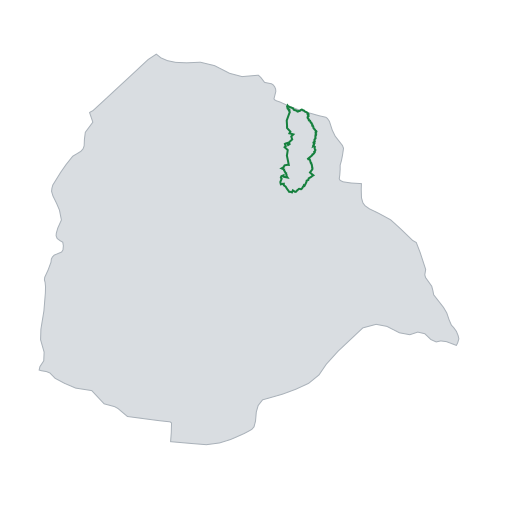 Matobo, Matabeleland South, Zimbabwe (highlighted), rotated 185°
{"feature_id": "62879985B11044582115440", "entity_name": "Matobo", "entity_type": "district", "adm_level": 2, "iso_a3": "ZWE", "parent_name": "Zimbabwe", "parent_adm1": "Matabeleland South", "projection": "mercator", "projection_center": [28.344, -20.969], "detail": "fine", "context": "in_parent", "style": "outline", "palette": "green", "viewbox_px": 512, "rotation_deg": 185, "n_neighbors": 0, "source": "geoboundaries", "source_scale": "gbopen_adm2", "svg_char_len": 7299}
<svg xmlns="http://www.w3.org/2000/svg" viewBox="0 0 512 512"><g transform="rotate(185 256 256)"><path d="M372.9,448.4L368.0,445.1L361.3,442.9L352.9,441.9L341.9,442.4L328.3,444.2L313.8,442.0L298.3,435.7L285.5,433.5L270.1,436.2L269.4,436.3L266.7,434.2L262.6,429.7L255.5,428.9L253.6,427.8L252.1,426.1L251.0,424.0L250.6,421.6L251.8,414.1L251.2,413.3L249.3,412.4L245.5,411.5L236.2,408.1L224.6,404.9L205.8,401.3L198.5,400.3L196.8,399.2L194.6,396.5L191.0,388.0L187.6,382.3L179.5,373.6L178.2,370.9L178.6,364.1L179.2,358.5L180.1,353.8L179.7,349.4L179.6,343.9L179.8,340.2L178.8,338.7L175.8,337.5L167.4,337.0L157.3,337.3L157.0,331.7L156.0,323.1L154.1,318.2L151.8,315.6L147.2,312.9L137.7,309.3L124.9,303.7L114.0,295.4L101.4,285.2L97.5,283.4L92.8,273.8L85.8,257.4L86.2,251.9L85.2,249.3L78.3,241.2L76.8,237.0L75.6,232.8L64.7,221.1L61.0,215.9L58.1,209.3L55.3,204.1L52.9,202.0L49.8,198.4L47.7,194.3L46.7,191.2L47.5,187.2L48.6,184.4L58.9,187.3L64.6,187.5L69.0,186.1L74.5,188.0L81.1,193.3L88.2,194.3L95.9,191.0L106.4,192.0L119.5,197.3L130.4,198.4L143.3,193.7L154.9,180.7L165.8,168.5L176.5,154.4L182.9,143.0L192.4,133.8L204.8,126.7L217.5,120.7L236.9,113.3L240.8,107.3L242.1,100.7L242.1,91.5L243.1,85.6L245.1,82.9L248.3,80.7L252.5,78.0L265.3,71.0L276.0,66.6L289.0,63.7L303.3,63.6L317.1,63.6L324.9,63.6L325.0,72.4L325.6,82.3L327.1,83.3L337.5,83.5L354.1,84.2L370.1,84.9L380.3,92.1L383.7,93.6L394.4,95.5L407.9,107.6L424.2,108.7L435.5,112.4L445.4,116.6L451.1,121.5L454.7,122.6L459.7,123.0L462.1,123.5L461.6,127.0L458.3,133.1L458.7,141.8L463.3,153.8L463.9,164.3L462.5,182.8L462.6,200.7L463.0,207.1L463.8,211.4L464.7,213.7L464.6,216.4L461.9,223.9L459.7,231.9L459.6,235.1L458.7,237.3L457.1,239.3L450.0,243.0L448.8,245.3L448.8,249.4L449.7,252.9L452.4,254.1L455.6,256.1L456.9,258.7L456.9,261.4L455.9,266.5L453.0,274.9L455.8,284.6L459.1,290.8L463.5,298.1L465.3,302.6L465.2,305.8L464.6,309.0L457.9,322.3L453.2,330.5L447.3,339.4L439.6,345.0L437.6,347.7L436.8,350.7L437.1,357.4L436.8,364.4L430.2,375.1L434.3,384.4L433.3,385.2L431.1,386.6L421.6,397.0L412.0,407.6L405.0,415.3L397.0,424.1L388.1,434.0L380.5,442.4L372.9,448.4Z" fill="#d9dde1" stroke="#a8b0b8" stroke-width="1"/><path d="M222.7,323.3L221.9,323.4L221.4,324.1L221.1,324.4L220.8,324.7L220.7,324.9L220.7,325.0L219.6,326.0L219.1,326.6L218.2,326.7L217.7,326.6L217.0,326.4L216.5,326.7L215.7,327.9L215.4,328.8L215.2,329.0L214.7,329.9L214.5,330.6L213.8,330.1L213.0,332.0L212.6,333.1L212.2,334.2L212.1,335.5L210.5,336.3L210.3,337.9L209.4,338.6L209.0,338.8L208.1,339.5L207.6,339.9L206.9,340.7L206.7,340.8L205.9,341.4L208.2,342.9L209.5,343.9L207.4,347.3L207.4,348.2L207.5,348.3L207.7,348.6L207.6,348.8L207.8,349.2L207.7,349.4L207.8,349.6L207.9,349.8L208.0,350.4L208.1,350.6L208.1,350.8L208.3,351.3L208.3,351.6L208.5,351.8L208.5,352.0L208.6,352.3L208.7,352.5L208.8,352.6L208.9,352.8L209.1,352.9L209.1,353.2L209.1,353.3L209.3,353.4L209.3,353.6L209.5,353.7L209.7,353.8L209.7,354.0L209.9,354.5L210.1,355.0L210.3,355.4L210.3,355.6L210.6,356.3L211.0,357.0L211.3,357.1L211.5,357.2L212.1,357.0L212.3,356.9L212.4,357.0L212.5,357.4L212.6,357.5L209.0,361.0L208.8,361.3L208.7,361.5L208.8,361.6L208.8,361.8L208.7,362.0L208.4,362.0L208.2,362.2L208.0,362.3L208.0,362.5L207.9,362.7L207.7,362.9L207.4,363.0L207.1,363.4L207.1,363.6L207.0,363.9L207.0,364.0L206.9,364.2L206.7,364.3L206.9,364.6L206.9,364.8L207.0,365.0L206.6,365.2L206.3,365.8L206.2,366.1L206.1,366.3L206.2,366.7L206.2,366.8L206.3,366.8L206.5,367.0L206.6,367.4L206.7,367.6L206.8,367.9L207.1,368.7L206.9,369.6L206.9,369.9L208.3,370.5L208.6,370.3L208.5,370.7L208.6,370.9L208.5,371.0L208.2,371.0L208.1,371.5L208.1,371.8L208.2,372.0L208.2,372.3L208.3,372.4L208.3,372.5L208.1,372.6L207.9,372.6L207.9,372.9L207.9,373.0L208.2,373.2L208.3,373.3L208.3,373.6L208.4,373.8L208.5,373.9L208.5,374.0L208.4,374.0L208.5,374.1L208.4,374.2L208.3,374.4L208.1,374.6L207.7,374.7L207.7,375.0L207.4,375.2L207.4,375.3L207.7,375.6L207.8,375.7L207.7,376.1L207.9,376.5L207.9,377.1L207.6,377.6L207.4,377.8L207.2,377.9L207.1,378.1L206.9,378.6L207.0,378.9L207.2,379.2L207.3,379.5L207.3,379.9L207.2,380.0L207.2,380.4L207.2,380.6L207.2,380.8L207.0,381.1L207.3,381.3L207.3,381.5L207.0,381.9L207.0,382.0L207.1,382.3L206.8,382.5L206.7,382.7L207.1,383.1L207.2,383.6L207.4,383.9L207.4,384.1L207.4,384.3L207.2,384.4L207.1,384.5L207.0,384.4L206.9,384.5L206.6,385.1L206.6,385.3L206.7,385.5L206.8,385.6L207.0,385.8L207.3,385.8L207.6,386.0L208.0,386.6L208.3,387.0L208.7,387.2L208.8,387.3L208.9,387.6L209.5,388.0L209.9,388.5L210.0,388.6L210.0,389.2L210.0,389.4L210.1,389.6L210.3,389.8L210.4,390.1L210.5,390.2L210.6,390.3L210.7,390.8L210.8,390.9L211.2,390.8L211.3,390.8L211.3,391.0L211.2,391.3L211.3,391.6L211.5,391.7L211.5,392.2L211.6,392.3L212.0,392.6L212.2,392.8L212.2,393.1L212.4,393.5L212.6,393.5L212.9,393.6L213.2,393.8L213.3,394.0L213.3,394.3L213.5,394.6L213.8,395.0L213.9,395.4L214.2,395.6L214.6,395.7L214.8,395.6L215.0,395.6L215.2,395.8L215.2,396.0L215.2,396.3L215.2,396.5L215.3,396.8L215.6,397.0L216.1,397.4L216.3,397.8L216.7,398.2L216.7,398.4L216.5,398.7L216.6,399.3L216.6,399.5L216.4,399.6L215.9,399.7L215.8,399.8L215.8,400.0L216.0,400.4L216.1,401.0L216.2,401.3L216.4,401.5L216.7,401.4L216.8,401.4L216.9,401.5L217.0,401.9L217.1,402.1L217.2,402.6L217.2,402.8L216.9,402.8L217.1,403.0L217.6,403.3L218.0,403.6L218.8,403.8L219.0,403.9L219.8,404.1L220.3,404.5L220.7,405.0L221.1,405.1L221.7,405.2L221.9,405.4L222.7,405.6L223.1,405.9L223.5,405.7L223.9,405.5L224.3,405.2L224.8,404.6L225.0,404.3L225.2,404.2L225.4,404.2L225.8,404.3L226.1,404.2L226.5,403.9L226.8,403.5L227.1,403.5L227.3,403.5L227.6,403.7L227.9,404.1L228.2,404.4L228.4,404.4L228.7,404.4L228.9,404.5L229.2,404.5L229.7,404.7L230.1,404.7L230.4,404.7L230.7,404.8L231.1,405.0L231.4,405.4L231.6,405.7L231.8,406.2L232.0,406.3L232.6,406.5L233.6,406.9L234.4,407.0L235.3,407.3L236.0,407.6L236.3,407.7L237.4,408.2L237.7,408.6L238.0,407.7L237.6,407.3L237.7,406.7L237.7,406.3L237.1,405.8L237.1,405.5L236.7,405.4L236.6,405.1L236.3,405.1L236.2,405.1L235.9,404.9L235.8,404.7L235.7,404.6L235.4,404.4L235.4,404.1L235.5,403.9L235.8,403.9L235.9,403.7L235.7,403.5L235.4,403.5L235.3,403.4L235.2,403.1L235.2,402.8L235.1,402.6L234.9,402.2L235.3,400.9L237.2,393.7L236.3,387.6L236.4,387.4L236.2,386.2L232.6,382.9L233.2,381.6L233.4,381.1L231.9,380.9L229.4,380.4L231.3,378.2L230.1,375.3L233.1,372.0L232.3,370.4L233.7,369.3L234.7,371.3L236.4,370.6L237.0,370.2L236.4,368.9L235.9,368.1L237.0,366.9L236.5,366.5L236.4,366.5L233.6,364.3L233.9,359.5L234.0,358.8L232.2,352.8L231.3,349.6L232.6,349.6L235.4,348.8L236.1,347.4L236.2,347.2L236.2,346.9L238.2,345.5L235.7,344.7L235.8,344.5L235.8,344.4L235.6,343.9L235.3,343.6L235.2,343.4L235.0,343.2L234.6,342.6L234.6,342.4L234.2,342.0L233.8,341.5L233.7,341.3L233.6,341.2L233.4,341.0L233.3,340.9L233.2,340.9L233.2,340.6L233.1,340.3L232.8,339.8L232.8,339.6L232.6,339.4L232.6,339.2L232.7,338.9L232.5,338.5L232.5,338.3L232.5,338.2L232.3,338.0L232.3,337.9L232.2,337.9L232.1,337.7L231.9,337.5L231.7,337.3L231.4,336.9L234.2,337.2L235.5,337.4L235.6,338.5L235.6,338.8L236.3,338.4L237.6,337.8L237.9,337.0L238.1,336.2L237.2,335.2L238.2,331.9L238.0,331.0L237.5,329.6L237.1,329.8L236.7,329.9L236.4,330.0L236.4,329.9L234.6,330.4L234.4,328.8L232.5,327.7L232.0,327.0L231.3,326.0L230.1,324.6L229.5,324.0L228.6,322.8L227.1,322.9L225.7,322.5L225.0,324.6L222.7,323.3Z" fill="none" stroke="#15803d" stroke-width="2"/></g></svg>